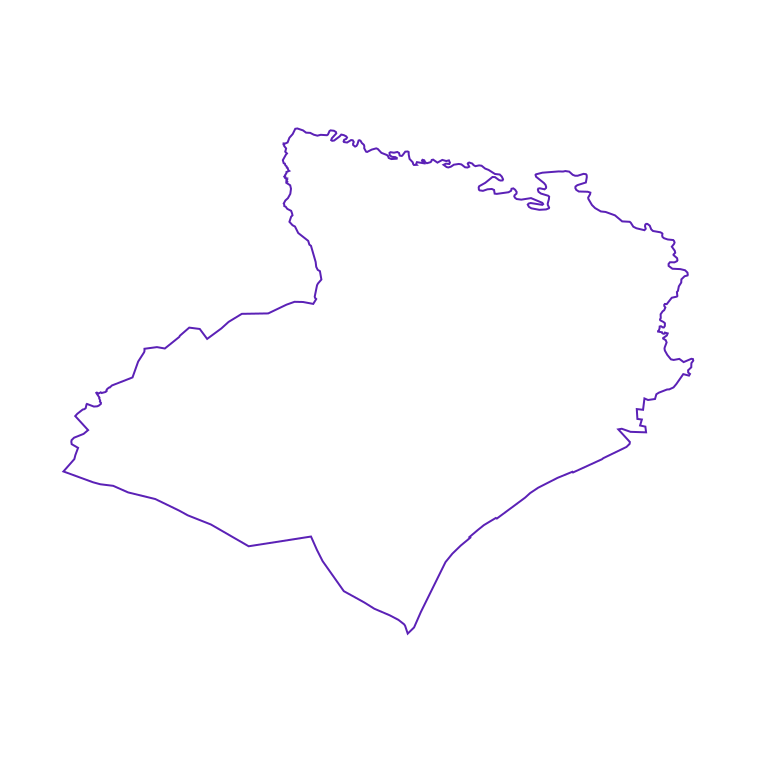 Ozolmuižas pag., Rezeknes, Latvia (Robinson projection), rotated 10°
{"feature_id": "27541924B76614576139352", "entity_name": "Ozolmuižas pag.", "entity_type": "district", "adm_level": 2, "iso_a3": "LVA", "parent_name": "Latvia", "parent_adm1": "Rezeknes", "projection": "robinson", "projection_center": [27.259, 56.496], "detail": "fine", "context": "isolated", "style": "outline", "palette": "violet", "viewbox_px": 768, "rotation_deg": 10, "n_neighbors": 0, "source": "geoboundaries", "source_scale": "gbopen_adm2", "svg_char_len": 6149}
<svg xmlns="http://www.w3.org/2000/svg" viewBox="0 0 768 768"><g transform="rotate(10 384 384)"><path d="M633.7,403.9L636.3,400.3L636.2,398.4L622.6,388.0L625.9,386.8L635.1,388.3L650.5,386.1L648.8,380.6L643.4,380.4L644.1,374.2L639.6,374.4L637.3,364.8L643.6,364.4L643.0,353.0L646.8,353.9L653.5,351.7L654.0,346.8L656.2,344.8L663.8,340.2L665.8,339.8L669.7,337.1L671.9,333.3L677.0,322.3L682.9,322.8L683.6,321.0L681.6,319.9L681.1,317.7L683.7,314.2L683.1,310.1L684.5,307.3L683.9,305.8L682.3,305.8L675.3,310.4L670.5,308.0L665.1,310.0L662.3,309.9L658.0,306.2L654.8,302.3L654.1,300.5L654.1,299.2L655.1,294.0L653.8,291.9L651.0,290.8L650.9,290.3L654.1,287.1L654.6,284.9L651.8,284.6L651.7,285.6L650.4,286.0L649.2,285.6L648.8,284.8L644.8,284.8L644.7,284.3L645.4,283.4L645.7,281.3L645.5,279.5L646.7,279.0L648.9,279.9L649.8,279.7L650.5,278.1L650.1,275.4L648.5,274.4L645.0,273.3L644.6,272.4L645.1,271.0L644.3,267.3L645.8,264.0L647.1,262.7L647.8,259.8L646.6,258.7L646.2,257.5L646.7,256.4L648.6,256.2L652.4,249.1L657.2,247.1L657.6,246.4L656.5,242.6L657.3,241.2L657.4,236.6L659.1,232.5L658.7,229.3L661.3,225.7L664.1,224.4L664.2,223.7L663.5,221.6L660.7,219.7L655.9,219.4L648.0,220.4L643.8,218.3L643.4,216.4L644.4,214.5L649.0,213.7L651.1,212.2L651.5,211.2L650.8,209.2L646.8,206.8L646.6,206.2L648.0,204.2L647.2,202.3L643.6,198.8L645.3,195.7L645.6,194.2L644.8,192.8L643.8,192.0L638.3,192.4L634.4,191.8L632.8,190.9L632.2,189.7L632.1,187.6L631.4,187.1L629.8,186.6L622.3,186.6L620.3,185.3L618.2,181.9L615.6,180.6L614.4,180.8L613.7,181.6L613.6,183.2L614.8,185.7L613.8,187.3L605.5,186.8L602.2,185.8L599.0,182.3L597.8,181.6L590.3,182.5L582.2,177.8L572.4,176.1L567.6,176.4L561.3,174.1L557.7,171.6L553.1,166.2L552.7,164.9L554.0,161.3L554.0,159.7L551.2,159.3L542.4,160.6L539.6,159.4L538.4,157.8L538.3,156.3L539.9,154.6L547.8,150.5L547.8,145.1L547.3,143.1L546.4,142.3L544.0,142.4L538.5,145.3L536.0,145.7L533.5,145.2L529.5,142.7L525.6,142.8L523.4,143.7L519.2,144.3L503.3,148.4L497.3,151.1L496.9,151.8L497.8,153.5L506.6,158.3L508.5,159.9L509.5,161.8L509.5,162.9L508.3,164.4L503.5,164.2L502.0,164.8L501.8,166.0L502.8,167.9L505.5,169.2L513.0,170.1L514.1,170.8L514.3,173.4L513.9,177.8L514.2,179.2L516.0,181.6L515.9,182.3L513.4,183.9L506.7,185.5L498.6,185.4L496.0,184.4L494.4,182.4L495.1,181.2L497.0,180.3L508.8,180.1L509.5,179.2L508.5,178.1L496.5,175.4L487.2,178.6L482.5,178.8L480.6,177.8L479.7,176.6L479.8,175.5L481.4,173.5L481.3,171.9L479.4,169.9L477.4,168.9L475.7,169.6L475.6,171.6L473.4,173.5L462.0,177.2L459.9,177.3L458.7,173.8L456.3,173.2L452.1,174.3L447.9,176.6L444.5,176.7L443.7,176.1L443.1,173.9L443.4,172.7L448.8,168.3L454.9,161.3L457.4,161.0L461.9,163.2L463.5,163.4L465.4,162.9L465.7,161.7L463.9,159.2L461.6,157.6L456.8,157.9L449.8,155.0L446.2,154.3L442.2,152.1L439.7,152.2L436.2,153.6L434.2,152.9L432.7,151.6L429.5,151.1L428.6,151.6L428.2,152.5L430.2,155.2L428.7,156.3L426.2,156.5L422.1,154.3L419.5,154.3L414.7,155.9L412.1,158.4L409.7,159.6L408.0,159.5L404.6,157.8L406.8,156.2L410.1,156.0L410.5,154.6L409.1,152.5L406.6,153.6L402.5,153.2L398.2,156.7L393.4,154.5L392.1,155.1L392.0,156.2L391.4,157.4L388.0,159.1L386.1,158.5L384.8,156.7L383.0,156.5L382.6,157.3L382.9,157.8L383.7,158.4L385.6,158.7L385.7,159.7L377.9,159.8L377.4,162.0L378.1,162.5L375.5,163.1L374.6,162.4L373.8,160.7L370.1,157.9L368.5,153.8L368.0,151.3L367.0,150.9L364.6,151.5L362.3,156.0L361.5,156.4L359.8,156.3L358.7,153.9L356.8,153.2L353.6,154.5L350.1,154.6L349.3,155.4L349.7,157.2L350.4,158.0L352.4,158.9L355.9,158.6L357.4,159.2L357.4,159.9L352.2,161.2L349.4,160.6L348.4,158.9L347.1,158.0L341.3,156.8L337.0,153.6L335.4,153.3L331.2,155.3L327.1,158.4L326.0,158.3L323.6,155.3L323.3,153.2L322.6,151.9L320.3,150.5L318.6,148.5L317.5,148.2L316.7,148.6L316.2,152.7L315.5,154.4L314.3,155.2L312.1,154.0L311.8,152.8L312.2,150.9L310.9,149.4L309.2,149.5L305.7,152.6L302.6,152.7L302.1,152.2L302.4,150.4L304.2,149.2L304.8,147.7L303.8,146.7L301.2,145.9L298.6,145.8L297.3,147.9L292.6,152.9L290.7,153.5L289.6,153.0L290.0,151.0L293.5,145.5L292.9,144.2L290.7,143.3L287.3,143.5L286.4,144.4L285.5,148.0L284.6,148.9L278.4,149.6L275.3,151.0L271.6,150.7L267.7,149.5L263.6,150.0L260.2,148.3L254.3,147.4L252.3,148.1L250.7,153.7L248.1,157.9L247.1,162.9L245.0,164.3L243.3,164.5L243.4,165.6L244.1,165.9L244.4,167.0L246.7,169.0L246.4,172.4L248.4,173.8L247.6,175.1L245.5,181.1L246.9,184.0L248.1,184.2L248.9,185.8L250.4,186.7L250.7,187.8L251.5,187.9L252.8,190.2L253.6,190.6L251.1,192.2L251.3,193.2L250.2,195.8L250.6,196.4L249.8,197.1L250.7,198.1L252.3,198.3L251.7,198.8L253.1,199.6L252.6,200.5L253.5,201.4L252.7,201.8L252.8,202.8L257.1,204.6L258.5,207.9L258.7,213.0L257.1,217.7L255.0,220.4L253.9,223.7L254.5,224.3L254.9,226.1L256.4,226.5L258.3,228.3L262.5,229.6L263.8,231.9L264.6,233.8L263.5,235.3L262.7,240.7L266.3,243.5L269.0,244.4L273.3,250.2L284.5,256.2L286.3,259.7L288.1,260.6L295.5,275.7L296.9,280.4L298.9,283.1L301.3,284.0L304.2,292.0L301.5,296.5L300.9,298.4L300.6,310.0L301.1,311.1L302.5,312.1L300.4,317.4L290.0,317.3L281.6,318.6L274.2,322.8L257.7,334.6L231.8,339.6L220.2,349.8L214.2,357.5L202.0,370.3L193.0,361.8L182.4,362.3L174.6,371.9L174.2,373.2L162.0,387.1L154.0,387.1L142.0,390.9L142.4,393.3L142.2,394.5L138.0,404.6L135.2,421.2L116.3,432.7L114.6,435.0L114.1,435.0L112.4,436.8L111.7,438.4L112.1,439.0L111.2,440.2L107.5,441.9L106.5,441.4L104.6,442.9L102.7,442.3L102.2,442.7L102.5,443.1L106.1,446.8L106.0,447.5L107.4,449.7L107.3,450.7L108.5,451.6L108.6,452.8L106.8,454.9L105.4,455.8L102.2,456.6L94.9,455.2L94.6,455.7L94.4,459.6L93.3,460.8L91.7,461.5L87.2,466.5L85.5,469.2L100.6,480.8L96.8,485.3L88.1,490.7L86.1,493.5L86.1,495.2L86.9,497.5L93.8,500.0L92.4,507.6L92.1,511.7L83.5,525.8L114.5,531.3L122.0,532.0L135.0,531.3L150.8,535.2L178.7,537.0L204.4,544.3L213.5,547.4L237.9,552.4L278.9,567.3L338.6,546.9L346.8,559.1L354.3,569.1L380.4,595.0L402.6,602.6L413.5,607.0L429.8,610.8L439.2,613.8L445.6,617.2L446.8,618.5L450.7,625.7L455.9,618.5L459.9,602.1L475.5,548.7L480.8,539.2L487.7,529.7L495.6,520.4L494.7,519.9L501.9,511.3L506.8,505.7L512.3,500.9L517.4,496.5L518.5,496.9L542.7,471.4L546.8,466.1L553.8,459.4L571.2,446.3L584.8,437.7L585.5,438.3L611.9,420.1L612.8,419.0L633.7,403.9Z" fill="none" stroke="#5b21b6" stroke-width="2"/></g></svg>